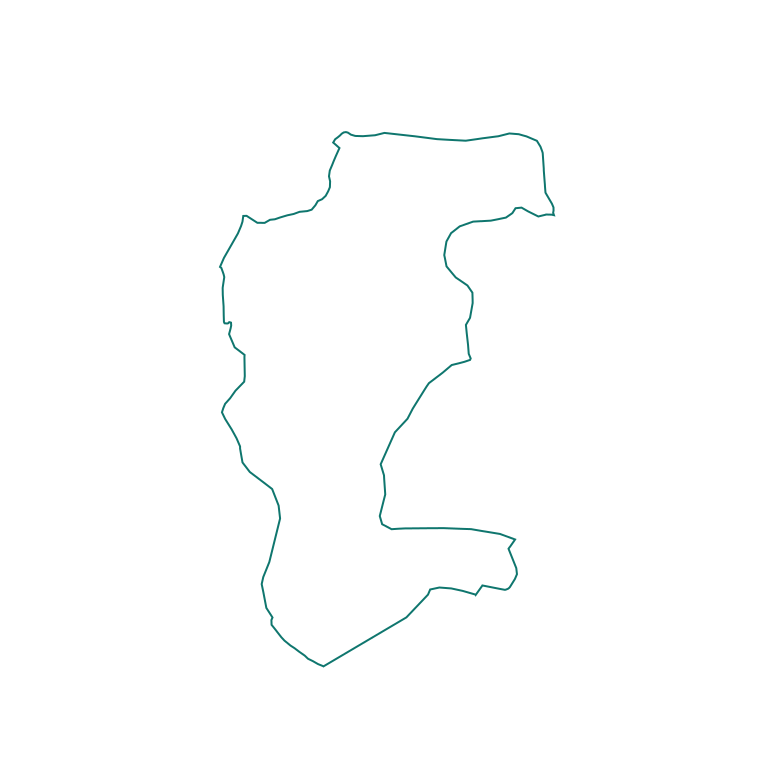 As Sukhnah, Al Hudaydah, Yemen (Robinson projection), rotated 293°
{"feature_id": "15242507B99708697665736", "entity_name": "As Sukhnah", "entity_type": "district", "adm_level": 2, "iso_a3": "YEM", "parent_name": "Yemen", "parent_adm1": "Al Hudaydah", "projection": "robinson", "projection_center": [43.357, 14.746], "detail": "fine", "context": "isolated", "style": "outline", "palette": "teal", "viewbox_px": 768, "rotation_deg": 293, "n_neighbors": 0, "source": "geoboundaries", "source_scale": "gbopen_adm2", "svg_char_len": 3274}
<svg xmlns="http://www.w3.org/2000/svg" viewBox="0 0 768 768"><g transform="rotate(293 384 384)"><path d="M483.7,188.8L478.1,190.3L473.6,190.7L465.5,190.7L447.6,188.6L437.5,187.4L427.7,187.3L427.3,188.9L424.2,191.8L422.3,193.5L420.0,195.2L410.3,197.7L409.3,198.0L403.0,200.8L392.8,206.0L384.9,209.5L378.6,212.4L377.6,213.5L378.4,216.0L379.2,217.0L380.1,217.1L380.6,217.7L380.7,219.2L378.1,220.5L375.1,221.1L369.4,221.9L367.9,223.4L360.2,231.4L359.4,232.2L359.4,232.3L359.3,232.6L356.3,244.3L354.3,245.0L353.6,245.3L343.5,249.8L336.8,252.8L335.1,253.3L331.5,254.4L319.8,249.9L310.7,247.9L303.7,245.5L299.1,245.5L294.6,245.9L289.7,251.5L282.7,261.5L276.4,269.5L270.3,275.9L268.5,276.7L268.2,276.8L267.2,277.5L263.9,279.6L256.5,284.4L255.4,286.3L250.6,294.8L250.2,296.3L245.6,314.5L243.6,322.1L230.9,334.5L219.6,340.9L175.3,348.0L159.1,348.3L152.0,349.6L145.5,354.1L131.9,363.2L125.5,372.6L122.7,372.6L121.0,373.4L118.4,374.6L116.8,377.6L115.0,380.9L113.9,382.8L110.8,388.4L108.9,392.6L106.7,400.1L105.9,404.7L104.4,410.6L103.0,417.2L101.4,421.4L101.1,426.9L100.4,432.7L100.5,438.1L100.4,438.6L177.9,495.8L207.3,506.8L212.9,506.8L213.1,507.1L218.3,514.5L222.1,525.8L224.3,537.3L225.9,550.4L225.6,550.8L236.4,553.2L237.0,553.3L239.2,563.8L240.9,571.8L241.8,575.8L242.6,576.8L244.0,578.2L245.1,578.8L246.1,579.2L249.2,579.7L255.7,580.7L260.9,580.7L266.2,577.7L281.0,563.0L282.5,563.3L283.5,563.6L291.0,565.2L292.1,565.4L291.4,551.7L291.3,549.4L287.9,535.4L287.1,532.2L284.4,520.8L281.3,512.8L274.7,495.4L268.8,481.7L259.1,459.4L257.5,456.1L256.4,453.8L253.3,447.7L253.4,446.6L254.2,437.1L256.4,435.3L260.8,431.7L277.5,429.1L282.8,428.3L284.8,427.3L296.6,421.3L299.9,419.7L308.8,412.3L343.8,412.9L346.0,413.7L351.8,415.8L358.1,418.1L360.9,419.1L361.1,419.2L372.6,420.1L378.4,421.0L394.8,423.6L398.4,424.2L402.3,425.0L417.2,433.5L427.9,438.9L432.3,444.8L435.8,449.3L439.8,453.8L441.4,453.8L444.9,450.2L452.8,446.1L463.1,440.3L470.4,436.3L478.2,437.3L478.7,437.3L493.1,434.0L496.3,432.6L502.6,429.7L507.3,422.3L510.0,408.9L510.1,408.4L512.8,403.1L516.7,395.6L523.5,391.0L526.2,389.1L537.5,386.3L539.6,385.8L549.1,386.8L551.4,388.1L558.7,392.1L568.3,402.6L571.8,409.7L572.1,410.4L572.4,411.0L576.1,418.5L580.5,425.0L581.5,426.4L582.6,428.0L584.8,431.2L590.8,435.0L591.5,435.4L597.2,436.4L600.1,441.7L599.2,449.2L598.5,460.6L603.1,466.8L603.3,466.9L605.4,472.2L605.8,474.5L607.7,472.8L609.9,472.3L612.8,471.0L615.6,468.1L623.2,457.9L629.3,454.7L629.8,454.5L634.0,452.3L642.9,447.7L644.7,446.9L658.7,439.8L659.9,438.8L663.6,435.3L667.6,429.7L667.6,425.2L667.6,418.4L667.1,414.7L666.6,410.5L663.6,401.5L656.7,392.4L655.2,389.8L649.6,380.3L648.8,378.9L645.8,374.0L639.9,364.2L634.0,348.0L630.1,337.1L624.1,315.7L616.4,290.0L615.3,286.3L609.5,278.6L603.9,267.8L601.1,260.6L600.6,256.1L601.1,253.6L601.1,253.3L601.3,252.5L601.0,250.5L599.8,248.6L597.9,247.3L595.4,246.3L593.1,245.1L591.4,244.1L590.2,243.4L586.4,242.9L583.8,250.8L574.8,250.6L572.3,250.6L569.3,250.6L565.3,250.7L559.3,250.7L553.7,252.2L549.5,255.2L544.0,257.3L539.5,257.3L534.4,256.8L529.9,254.8L526.5,251.6L521.7,251.0L516.2,249.3L513.2,245.8L509.5,239.0L505.2,234.4L501.5,229.1L496.7,223.3L493.0,219.2L490.6,214.9L485.7,211.2L482.9,204.4L485.1,191.8L483.7,188.8Z" fill="none" stroke="#0f766e" stroke-width="2"/></g></svg>